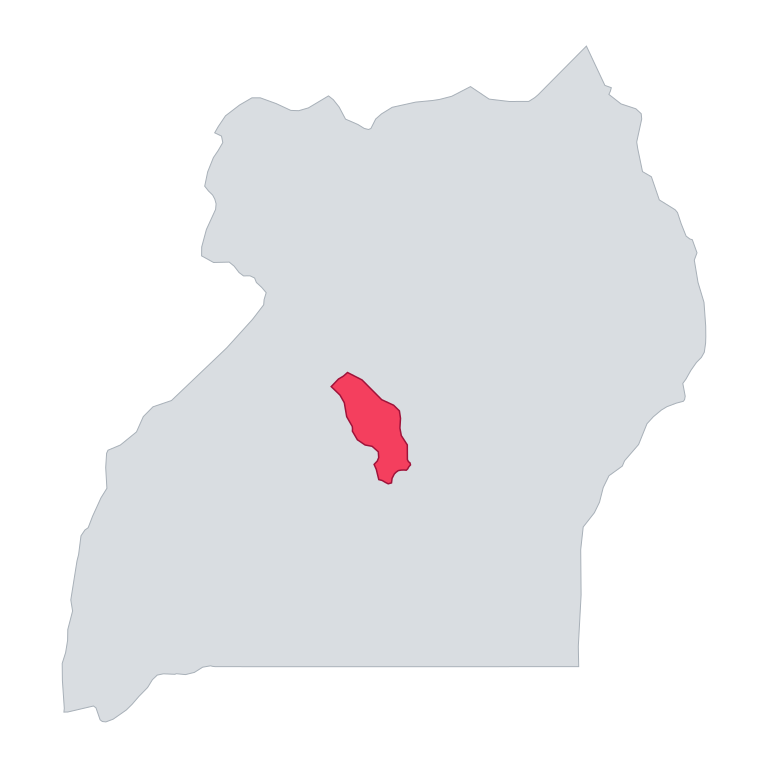 Uganda, with Nakaseke highlighted
{"feature_id": "UGA-3095", "entity_name": "Nakaseke", "entity_type": "District", "adm_level": 1, "iso_a3": "UGA", "parent_name": "Uganda", "parent_adm1": "", "projection": "albers", "projection_center": [32.236, 1.008], "detail": "fine", "context": "in_parent", "style": "filled", "palette": "rose", "viewbox_px": 768, "rotation_deg": 0, "n_neighbors": 0, "source": "natural_earth", "source_scale": "10m", "svg_char_len": 2872}
<svg xmlns="http://www.w3.org/2000/svg" viewBox="0 0 768 768"><path d="M578.7,666.6L565.7,666.6L544.5,666.6L523.4,666.6L502.2,666.7L481.1,666.7L459.9,666.7L438.8,666.7L417.7,666.7L396.5,666.7L375.4,666.7L354.2,666.7L333.1,666.7L311.9,666.7L290.8,666.7L269.6,666.7L248.5,666.7L227.3,666.6L214.8,666.6L212.3,666.3L210.6,665.8L202.6,667.2L194.4,672.4L185.5,674.6L176.2,673.7L175.0,674.3L170.2,674.1L163.4,673.8L157.2,675.1L152.4,679.7L147.6,687.5L138.9,696.4L132.1,704.3L126.3,710.0L113.1,719.2L105.9,721.9L102.3,721.5L100.1,719.8L96.0,707.9L93.5,706.0L67.8,712.0L63.9,712.1L64.3,708.4L62.4,680.5L62.2,663.4L65.6,652.7L67.6,640.4L67.8,629.5L72.6,611.0L70.8,599.9L77.0,560.9L78.6,554.6L81.0,535.8L84.9,530.0L88.2,527.7L92.6,516.2L101.0,497.8L106.9,488.3L105.7,467.5L106.6,453.3L108.0,450.2L120.4,445.0L136.5,431.9L143.3,416.6L153.0,406.8L171.6,400.5L171.6,400.4L226.8,347.8L252.5,319.4L263.7,304.8L264.1,299.6L266.2,292.7L261.7,287.4L256.4,282.5L254.6,278.0L250.0,275.8L243.5,275.9L239.1,272.6L234.2,266.2L229.2,262.1L213.6,262.5L201.6,255.9L201.7,247.0L206.4,229.5L215.6,209.4L216.1,203.8L214.8,199.1L212.6,195.0L208.5,191.0L204.7,186.2L207.7,171.8L213.4,157.6L218.2,150.5L222.8,142.6L221.5,136.1L214.7,132.8L218.3,126.5L225.5,115.8L239.6,105.0L252.0,97.8L260.2,97.8L276.2,103.6L290.8,110.4L298.7,110.7L308.4,107.9L328.5,95.9L333.3,99.7L339.1,107.0L345.5,119.1L358.1,124.6L364.2,128.4L368.5,129.5L370.9,128.5L375.7,119.0L381.5,113.9L392.2,107.3L415.7,102.1L432.6,100.5L439.7,99.4L451.7,96.3L470.5,86.6L489.1,99.1L509.3,101.5L528.8,101.4L534.8,97.6L538.2,94.7L558.7,74.0L586.4,46.1L604.9,85.4L611.3,87.7L610.4,91.1L608.9,94.4L621.0,103.9L635.9,108.8L641.2,113.7L641.7,119.0L636.7,142.0L637.7,148.5L642.5,171.6L651.4,176.8L659.3,199.9L675.2,209.8L677.5,212.6L681.2,223.8L686.1,236.1L689.9,239.0L692.3,239.7L697.0,252.8L694.3,260.1L698.0,282.4L704.0,302.4L705.7,326.2L705.8,336.7L705.6,343.1L704.3,352.2L701.4,357.4L696.4,362.5L690.8,370.5L685.9,379.2L682.8,383.4L685.2,396.2L684.6,399.6L683.3,401.3L676.1,403.2L666.9,406.7L661.3,410.1L653.4,416.7L647.0,423.7L638.6,444.5L624.6,460.7L622.3,466.1L609.0,475.7L603.2,487.6L599.5,502.2L594.4,512.7L583.2,527.0L580.7,549.7L581.1,594.9L578.3,646.4L578.7,666.6Z" fill="#d9dde1" stroke="#a8b0b8" stroke-width="1"/><path d="M374.1,464.4L377.3,461.0L378.7,457.6L378.3,451.8L372.1,446.3L365.1,445.0L357.4,439.8L352.4,431.2L352.5,428.7L352.3,426.5L346.7,416.7L344.3,402.7L340.0,395.1L331.2,386.6L338.5,379.0L343.4,376.1L347.5,372.5L362.0,379.9L381.7,399.7L393.6,405.2L399.4,410.9L400.5,418.3L399.9,428.1L401.3,435.6L407.3,444.9L407.4,459.6L408.4,461.6L410.0,462.9L410.5,464.9L408.9,466.7L407.6,469.0L406.3,470.2L404.0,470.0L401.1,470.1L398.3,470.6L396.1,472.2L394.3,474.0L392.1,478.3L391.5,482.9L388.2,483.8L385.4,482.4L382.2,480.5L378.8,479.6L378.0,476.4L376.3,469.4L374.1,464.4Z" fill="#f43f5e" stroke="#9f1239" stroke-width="1.5"/></svg>